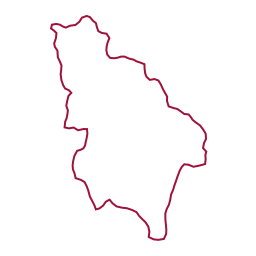 Bugre, Minas Gerais, Brazil (Natural Earth projection), rotated 181°
{"feature_id": "56859067B89432192143987", "entity_name": "Bugre", "entity_type": "district", "adm_level": 2, "iso_a3": "BRA", "parent_name": "Brazil", "parent_adm1": "Minas Gerais", "projection": "natural_earth1", "projection_center": [-42.308, -19.357], "detail": "fine", "context": "isolated", "style": "outline", "palette": "rose", "viewbox_px": 256, "rotation_deg": 181, "n_neighbors": 0, "source": "geoboundaries", "source_scale": "gbopen_adm2", "svg_char_len": 1888}
<svg xmlns="http://www.w3.org/2000/svg" viewBox="0 0 256 256"><g transform="rotate(181 128 128)"><path d="M50.3,93.3L49.8,98.3L50.2,102.3L49.3,105.7L52.6,109.2L51.7,114.4L49.8,118.4L50.3,123.9L53.2,128.3L56.0,131.8L60.2,134.7L63.5,137.2L65.3,139.9L67.6,142.6L72.0,143.0L76.2,146.0L79.0,147.9L82.2,148.6L87.7,150.3L89.5,155.8L89.4,160.0L91.2,163.1L93.6,167.2L96.1,172.4L98.4,176.0L102.3,177.4L107.0,176.5L110.3,179.4L111.7,182.6L112.4,187.1L112.7,192.1L116.5,193.5L120.4,194.7L123.5,196.4L128.1,197.4L132.6,199.3L136.1,199.3L139.6,198.1L143.1,197.5L147.1,197.8L150.0,201.0L151.0,205.4L150.7,209.4L149.9,213.0L148.2,217.5L151.0,221.9L155.9,222.6L159.3,224.3L160.8,228.1L161.9,232.3L165.2,234.9L168.0,238.2L171.3,239.3L176.0,237.5L178.3,233.6L182.3,230.1L187.6,229.3L191.9,227.3L195.0,228.4L197.8,230.1L201.6,230.8L205.8,230.0L206.7,226.2L203.5,223.9L201.2,221.7L201.6,216.7L203.3,211.2L202.5,207.8L199.9,204.1L199.4,197.5L197.4,193.5L195.6,189.4L195.8,185.3L196.3,180.6L195.4,174.7L193.5,169.5L191.6,166.4L187.7,164.7L185.3,162.1L188.1,159.0L189.3,153.7L190.1,149.1L188.4,144.5L188.9,140.2L189.6,136.5L190.9,133.3L191.4,127.5L187.0,126.6L182.4,127.5L177.9,124.9L172.4,126.2L169.0,126.2L168.5,121.6L169.2,117.1L170.0,113.4L170.6,109.9L172.3,106.8L175.2,105.3L178.5,104.3L181.2,98.9L182.3,93.7L182.7,89.6L182.4,85.9L180.7,81.8L179.5,77.0L174.2,75.3L170.5,73.2L168.3,69.1L166.7,65.0L164.9,58.8L162.6,54.6L160.3,50.3L158.7,46.1L155.1,47.1L151.4,50.1L148.9,53.9L145.2,56.0L142.2,52.5L138.1,49.4L132.4,48.2L127.9,47.8L122.4,46.1L118.0,44.0L115.2,40.1L112.4,37.4L108.9,34.1L106.0,29.8L104.8,24.8L105.4,19.4L100.4,17.1L95.7,16.7L90.2,17.7L88.0,22.7L87.9,27.0L88.3,31.0L89.0,36.8L89.2,43.2L87.9,47.6L85.7,52.1L84.5,57.1L83.8,62.2L81.7,67.2L80.7,71.1L79.2,75.5L77.6,80.5L75.6,86.1L73.6,90.0L71.1,92.7L66.8,92.3L61.9,90.4L57.0,91.4L50.3,93.3Z" fill="none" stroke="#9f1239" stroke-width="2"/></g></svg>